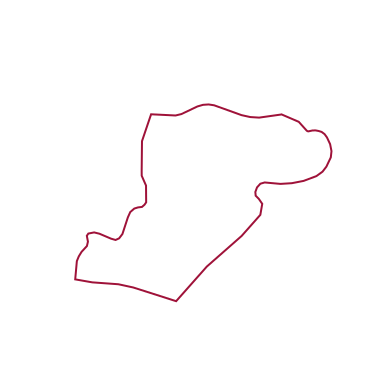 an SVG outline of Can Tho, rotated 331°
{"feature_id": "VNM-499", "entity_name": "Can Tho", "entity_type": "Province", "adm_level": 1, "iso_a3": "VNM", "parent_name": "Vietnam", "parent_adm1": "", "projection": "mercator", "projection_center": [105.615, 10.245], "detail": "fine", "context": "isolated", "style": "outline", "palette": "rose", "viewbox_px": 384, "rotation_deg": 331, "n_neighbors": 0, "source": "natural_earth", "source_scale": "10m", "svg_char_len": 1004}
<svg xmlns="http://www.w3.org/2000/svg" viewBox="0 0 384 384"><g transform="rotate(331 192 192)"><path d="M125.2,279.8L94.3,247.0L82.9,237.0L61.0,222.7L47.5,211.8L57.8,196.6L61.8,193.4L66.4,190.8L73.9,188.3L76.9,185.0L78.8,179.3L81.2,178.1L86.8,179.9L90.8,183.6L98.6,193.6L101.9,196.9L105.8,197.2L110.8,195.0L123.6,183.1L128.3,179.6L133.5,178.5L137.3,179.3L141.0,180.8L144.3,180.1L146.9,178.8L154.9,164.1L155.9,153.4L157.9,149.7L172.9,123.3L193.9,104.2L214.7,117.1L220.5,118.7L238.2,119.8L243.9,121.1L249.0,123.5L253.4,126.9L272.6,148.8L279.3,154.7L286.8,159.5L307.4,167.4L307.9,167.5L319.4,182.4L322.0,193.7L322.4,194.7L323.2,195.4L327.2,196.6L329.9,198.0L332.3,200.0L334.5,202.3L336.0,205.6L336.5,209.7L336.0,217.1L333.8,223.9L330.2,229.0L321.8,235.0L316.0,237.5L308.5,238.4L295.0,236.4L283.6,232.7L273.3,227.8L260.2,218.9L255.8,217.9L251.1,219.5L247.4,222.7L245.9,226.1L247.1,230.4L247.7,236.4L240.7,245.1L214.1,254.5L168.8,264.4L125.2,279.8Z" fill="none" stroke="#9f1239" stroke-width="2"/></g></svg>